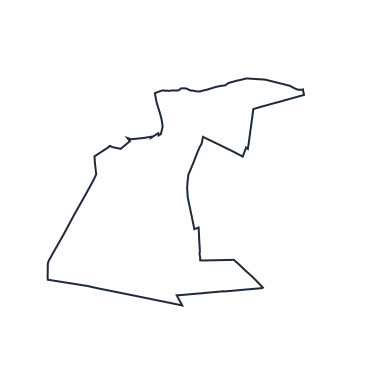 outline of Santa Ana Nopalucan, Tlaxcala, Mexico, rotated 204°
{"feature_id": "50627088B6785133078565", "entity_name": "Santa Ana Nopalucan", "entity_type": "district", "adm_level": 2, "iso_a3": "MEX", "parent_name": "Mexico", "parent_adm1": "Tlaxcala", "projection": "orthographic", "projection_center": [-98.337, 19.293], "detail": "fine", "context": "isolated", "style": "outline", "palette": "slate", "viewbox_px": 384, "rotation_deg": 204, "n_neighbors": 0, "source": "geoboundaries", "source_scale": "gbopen_adm2", "svg_char_len": 3759}
<svg xmlns="http://www.w3.org/2000/svg" viewBox="0 0 384 384"><g transform="rotate(204 192 192)"><path d="M129.2,326.2L130.0,327.5L132.0,330.1L132.4,330.8L132.8,330.4L133.9,329.9L136.2,328.7L137.9,328.5L139.4,328.4L141.7,328.5L144.9,328.7L145.2,328.7L145.4,328.9L170.5,324.5L174.0,323.3L174.5,323.0L175.0,322.9L175.5,322.7L176.0,322.5L176.5,322.3L176.9,322.1L177.5,321.9L178.1,321.7L178.5,321.6L179.1,321.4L179.6,321.2L188.4,317.9L190.8,316.1L191.8,315.3L194.4,313.2L195.4,312.7L203.0,306.4L205.0,303.0L209.0,300.5L212.9,297.7L215.8,295.2L219.4,292.0L222.6,289.6L225.5,287.2L227.1,286.4L228.6,285.9L230.3,285.4L231.5,285.2L233.0,284.8L233.9,284.3L234.8,284.2L235.9,284.1L236.7,284.2L238.6,284.2L239.8,284.1L241.3,283.5L242.6,283.0L243.6,282.4L244.3,282.0L244.8,280.9L245.1,280.0L246.2,279.0L247.3,278.4L249.1,277.7L250.5,277.1L251.9,276.4L253.4,275.6L254.3,274.9L255.1,274.6L255.9,274.6L256.5,274.2L257.9,273.4L259.1,273.3L260.0,273.0L261.0,272.2L262.5,270.8L263.8,269.6L264.9,268.4L266.1,267.2L261.5,260.4L259.2,257.6L253.3,250.9L249.3,245.9L247.7,243.4L245.8,240.5L245.4,239.6L245.0,237.7L244.0,232.1L244.2,231.9L245.5,230.1L246.7,232.0L246.8,231.9L251.3,225.1L251.5,224.8L251.7,225.9L252.0,225.7L259.1,221.1L259.3,221.0L269.9,215.0L270.5,215.3L273.0,215.1L269.4,213.2L270.2,211.6L270.3,211.5L270.3,211.4L271.7,208.5L274.7,202.5L274.8,202.3L276.8,202.0L278.8,201.5L282.2,200.8L283.6,200.7L284.8,200.7L285.6,200.8L286.2,200.3L286.3,199.5L286.3,199.2L286.9,198.3L287.0,198.1L288.5,195.9L293.9,187.5L295.6,184.9L292.5,179.0L286.7,169.2L286.8,162.8L287.8,150.5L290.4,123.0L292.1,100.0L294.3,78.2L294.3,77.5L294.9,70.7L294.8,68.9L293.8,66.0L290.8,59.2L289.4,55.7L288.3,53.6L288.2,53.4L288.1,53.2L248.9,63.7L238.4,65.8L216.2,70.8L215.6,70.9L208.6,72.5L202.0,74.0L195.4,75.4L191.9,76.2L189.6,76.7L189.0,76.9L179.6,78.9L178.7,79.1L176.1,79.7L172.3,80.6L169.3,81.2L167.2,81.7L161.1,83.0L158.9,83.5L155.8,84.2L154.8,84.4L158.5,87.2L163.9,91.4L163.7,91.5L160.5,93.2L152.7,97.5L149.3,99.4L147.3,100.5L145.7,101.4L142.3,103.2L140.9,104.0L136.0,106.8L126.1,112.3L123.2,114.0L122.9,113.8L118.3,116.4L117.9,116.5L117.6,116.7L117.2,116.9L112.3,119.7L109.0,121.5L104.8,123.9L102.1,125.4L101.6,125.6L101.2,125.8L97.4,128.0L91.9,131.0L88.8,132.8L88.4,133.5L90.8,134.5L93.2,135.5L99.4,138.0L100.1,138.2L101.8,138.9L111.7,142.1L120.9,145.4L123.3,146.1L123.6,146.1L125.8,147.0L126.2,147.1L129.2,145.6L135.8,142.5L148.4,136.6L152.3,134.7L153.9,134.0L154.7,133.7L156.7,132.9L156.8,133.1L158.0,135.6L159.6,137.9L160.1,138.9L160.4,139.4L160.4,139.6L160.4,139.9L160.4,140.5L164.6,148.7L165.5,150.3L170.9,161.1L171.5,162.2L171.9,161.9L172.0,161.8L174.7,159.0L180.7,167.3L181.0,167.8L183.2,170.8L184.3,172.2L185.4,173.8L186.7,175.7L187.3,176.5L188.0,177.5L188.5,178.2L189.3,179.2L190.4,180.8L191.4,182.1L192.2,183.3L193.0,184.4L193.8,185.6L194.3,186.5L194.9,187.6L195.5,188.7L196.0,189.8L196.5,190.7L197.0,191.6L197.5,192.5L198.0,193.5L198.3,194.3L198.5,194.7L198.7,195.5L199.1,196.5L199.5,197.5L200.2,199.4L200.5,200.4L200.8,201.3L201.1,202.3L201.4,203.3L201.7,204.3L202.0,205.2L202.3,206.1L202.4,207.2L202.4,208.2L202.4,209.3L202.4,210.3L202.4,211.3L202.5,212.4L202.5,212.9L202.5,213.5L202.5,214.6L202.6,215.7L202.6,216.8L202.6,218.0L202.6,219.1L202.7,219.6L202.7,220.1L202.7,221.3L202.8,222.9L202.9,224.5L203.0,226.0L203.0,227.0L203.0,227.3L203.1,228.8L203.1,230.1L203.2,231.5L203.2,232.2L203.2,232.9L203.2,234.3L203.3,235.9L203.1,237.3L202.9,239.0L203.0,240.7L204.4,246.8L190.9,246.4L170.8,245.7L160.1,245.0L160.6,254.1L160.7,254.7L158.5,254.1L159.7,258.5L160.4,260.9L162.6,268.5L163.0,269.6L164.5,275.1L166.2,280.7L167.2,284.4L168.4,288.2L169.7,292.7L163.9,297.7L158.8,301.8L153.8,306.0L151.1,308.1L141.1,316.4L129.2,326.2Z" fill="none" stroke="#1e293b" stroke-width="2"/></g></svg>